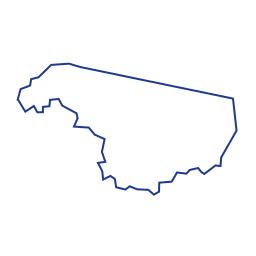 the district of Amelia, Virginia, United States of America, rotated 176°
{"feature_id": "52423323B30039093063253", "entity_name": "Amelia", "entity_type": "district", "adm_level": 2, "iso_a3": "USA", "parent_name": "United States of America", "parent_adm1": "Virginia", "projection": "robinson", "projection_center": [-77.89, 37.345], "detail": "fine", "context": "isolated", "style": "outline", "palette": "blue", "viewbox_px": 256, "rotation_deg": 176, "n_neighbors": 0, "source": "geoboundaries", "source_scale": "gbopen_adm2", "svg_char_len": 754}
<svg xmlns="http://www.w3.org/2000/svg" viewBox="0 0 256 256"><g transform="rotate(176 128 128)"><path d="M182.4,196.3L200.2,196.3L213.8,184.8L221.2,183.5L222.7,177.2L232.4,174.3L236.1,163.9L235.5,163.6L229.3,151.5L220.4,156.5L217.3,150.0L211.8,149.7L211.4,155.0L204.9,155.2L203.8,161.5L195.1,161.8L192.1,155.0L178.3,146.2L177.6,141.1L181.8,133.2L167.0,131.1L161.7,123.7L152.1,118.6L155.7,106.0L153.0,95.8L160.4,95.3L156.7,86.7L156.4,78.3L148.9,81.4L144.7,78.1L143.9,69.7L134.9,66.8L130.3,69.7L123.2,66.2L112.0,64.9L106.8,59.7L101.5,62.3L100.6,71.3L88.2,71.4L82.2,80.2L72.9,78.4L69.4,81.8L60.9,83.2L58.0,79.0L55.1,76.8L43.4,84.5L38.4,83.6L37.1,92.1L19.9,117.8L21.2,150.0L171.2,192.1L182.4,196.3Z" fill="none" stroke="#1e3a8a" stroke-width="2"/></g></svg>